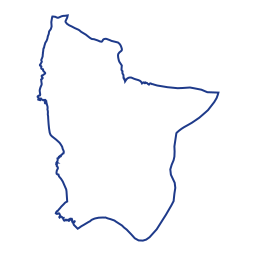 outline of Mayparkngum, Vientiane [prefecture], Laos
{"feature_id": "54806243B973390148812", "entity_name": "Mayparkngum", "entity_type": "district", "adm_level": 2, "iso_a3": "LAO", "parent_name": "Laos", "parent_adm1": "Vientiane [prefecture]", "projection": "robinson", "projection_center": [102.92, 18.139], "detail": "fine", "context": "isolated", "style": "outline", "palette": "blue", "viewbox_px": 256, "rotation_deg": 0, "n_neighbors": 0, "source": "geoboundaries", "source_scale": "gbopen_adm2", "svg_char_len": 5368}
<svg xmlns="http://www.w3.org/2000/svg" viewBox="0 0 256 256"><path d="M77.7,228.7L79.0,227.9L81.4,226.2L83.7,224.9L88.7,221.9L89.8,221.4L91.6,219.9L92.2,219.6L94.3,218.7L95.3,218.4L98.7,217.7L103.1,217.5L104.0,217.6L105.5,217.5L107.8,218.4L110.4,219.1L114.1,220.4L114.9,220.8L115.3,221.2L122.0,225.5L124.1,227.6L126.7,229.6L128.4,231.4L131.2,234.3L134.8,238.3L138.6,240.4L142.9,240.6L146.2,239.6L149.6,237.2L156.7,229.3L162.9,219.5L165.9,214.8L171.3,205.5L173.6,201.1L174.4,193.7L175.3,187.9L174.7,182.8L170.9,174.7L170.3,169.4L171.7,164.7L173.6,160.2L174.4,156.6L174.6,151.5L174.4,146.4L175.7,137.7L176.3,133.6L176.6,132.8L179.0,130.7L181.5,128.8L184.0,127.2L188.3,124.8L191.8,122.8L199.3,117.7L205.2,112.6L208.0,110.1L214.2,102.1L216.6,98.1L217.8,94.8L218.4,92.6L207.3,92.2L201.4,89.7L194.8,88.4L190.0,87.5L182.5,88.0L177.7,88.2L167.5,87.2L157.2,85.5L153.7,84.5L152.6,84.1L151.9,84.1L151.1,83.6L150.6,83.4L150.2,83.4L149.8,83.6L149.4,83.9L149.2,84.5L148.9,84.6L148.0,84.0L146.8,82.9L146.3,82.8L145.9,82.9L145.5,83.1L145.3,83.1L145.0,82.4L144.7,82.5L144.2,83.0L143.7,82.6L143.3,82.4L143.1,82.5L142.5,82.9L142.0,83.4L141.8,83.0L141.2,82.0L140.8,81.5L140.1,80.9L139.5,80.6L138.4,80.1L135.3,79.2L133.9,78.7L131.4,77.6L130.3,77.5L129.2,77.6L128.6,77.8L127.6,78.3L127.2,78.6L126.2,79.7L125.1,81.4L124.9,80.2L124.4,79.7L124.7,79.2L124.3,78.8L124.2,78.4L123.7,78.3L123.5,77.9L123.5,75.8L123.4,75.3L123.3,74.7L122.6,73.7L122.4,73.1L122.4,72.7L122.5,71.5L122.5,71.2L121.8,70.5L121.5,69.7L121.5,69.2L121.8,65.5L119.3,61.7L118.8,60.3L118.2,57.6L118.0,55.4L118.2,54.1L119.3,52.5L121.4,50.8L121.9,49.9L121.8,48.7L121.3,47.1L120.6,45.4L119.5,43.8L118.0,42.5L111.5,40.9L110.0,40.2L106.5,38.9L105.3,38.8L104.0,39.1L103.2,39.6L102.1,41.4L101.5,41.7L99.9,41.4L97.6,40.4L94.0,39.2L91.9,39.0L90.6,38.3L89.3,37.4L85.8,34.6L81.1,31.8L79.4,30.3L78.2,29.6L74.8,28.1L71.6,26.4L69.2,25.3L67.0,23.8L65.7,22.2L65.5,21.5L65.6,21.0L67.2,17.6L67.7,15.4L65.0,15.8L63.1,15.9L61.5,16.3L59.1,17.4L57.9,17.8L56.7,17.5L55.3,16.8L52.9,16.5L52.4,16.5L52.1,17.5L51.9,18.5L51.3,22.1L51.6,26.4L51.3,27.6L50.7,29.3L50.0,30.2L49.6,30.7L49.2,31.4L49.0,31.9L48.8,33.7L48.4,34.9L47.9,36.1L47.7,36.9L47.6,37.6L47.3,38.9L46.9,40.0L46.3,41.3L45.4,42.6L45.1,43.5L44.3,46.2L44.1,47.3L44.0,47.8L43.6,48.2L43.4,49.0L43.1,51.8L42.9,52.7L42.9,53.8L42.7,54.8L42.7,55.8L42.6,56.5L42.1,58.0L41.3,59.9L41.3,60.2L41.4,60.6L41.8,61.5L41.8,61.8L41.2,62.8L40.8,63.7L40.4,64.4L40.1,64.5L39.9,65.0L40.0,65.5L40.3,65.7L40.5,65.9L41.1,66.1L41.3,66.3L41.4,66.5L41.2,67.6L41.2,68.1L41.3,68.5L41.5,68.7L41.9,69.0L43.0,69.3L43.1,69.7L43.1,70.6L45.0,72.7L45.2,73.1L45.1,73.5L44.6,73.9L42.9,75.2L42.1,75.4L41.7,75.8L41.7,76.4L41.9,77.1L42.4,77.4L42.7,78.0L42.3,78.7L41.9,79.0L41.5,79.1L41.1,79.6L41.3,80.2L41.3,81.1L41.7,84.0L41.5,85.0L40.6,87.0L40.2,88.2L39.7,90.1L39.7,91.0L40.2,94.6L40.0,95.3L39.7,95.6L38.8,95.6L38.5,95.7L37.7,96.4L37.6,96.8L38.8,98.2L38.9,98.6L38.2,99.3L38.3,99.7L38.9,99.8L40.2,100.2L40.5,99.9L40.6,99.3L40.6,98.6L40.9,98.5L41.3,99.0L41.6,99.4L42.7,99.9L43.0,100.2L43.4,100.4L43.7,100.3L44.1,99.9L44.5,100.0L45.3,99.9L45.5,100.1L45.6,100.8L45.4,101.3L45.1,101.6L45.0,102.0L44.9,102.7L44.9,103.0L45.1,103.3L45.6,103.4L45.8,103.2L45.9,102.9L45.8,102.7L45.7,102.4L45.8,102.2L46.0,101.9L46.3,101.7L46.4,102.4L46.9,104.5L47.5,106.5L47.6,107.6L47.6,108.4L47.4,109.2L47.8,110.9L47.9,112.1L47.8,114.5L48.1,116.3L48.2,118.5L48.6,124.1L49.0,128.1L49.7,132.6L50.4,134.5L50.7,135.0L51.9,136.3L56.1,139.6L58.1,141.4L59.6,142.8L60.6,144.2L61.6,145.8L62.2,146.9L62.7,148.9L63.5,150.6L63.8,151.8L63.7,152.7L63.5,153.3L63.1,153.3L62.7,153.6L62.3,154.2L62.1,154.5L61.5,154.7L61.2,155.0L60.9,155.6L60.9,156.2L60.7,156.4L60.4,156.5L60.3,156.4L60.1,156.1L59.9,156.0L59.7,156.2L59.7,156.9L59.6,157.0L59.2,156.7L58.9,156.8L58.9,157.7L58.8,157.9L58.3,157.9L57.9,158.2L57.7,158.3L57.9,158.5L57.9,158.9L57.6,159.6L57.6,160.5L57.5,161.1L57.4,161.3L56.9,161.8L56.8,162.1L56.9,162.4L57.2,162.6L56.6,162.6L56.3,163.0L56.5,163.3L56.9,163.8L56.9,164.1L56.7,164.1L56.3,164.0L56.2,164.2L56.2,164.5L56.7,165.1L56.8,165.5L56.8,166.2L56.9,166.3L57.4,166.5L57.5,166.7L57.5,167.0L57.9,167.8L57.9,168.0L57.8,168.7L57.5,169.1L56.8,170.6L56.7,171.3L56.5,172.4L56.6,173.7L57.1,174.2L57.3,174.3L57.8,174.3L58.1,174.5L58.5,174.6L58.5,175.2L58.9,175.9L59.0,176.4L61.1,178.9L62.8,181.6L66.2,189.4L66.5,191.3L67.2,201.5L65.5,202.4L64.9,202.9L63.6,204.3L61.2,206.7L60.1,208.1L58.4,210.0L58.0,210.6L57.5,211.1L57.1,211.1L56.4,211.9L55.9,212.9L55.8,213.3L56.4,213.7L56.8,213.9L57.7,213.8L58.2,213.4L58.7,213.3L59.0,213.3L59.3,213.5L59.7,214.6L60.1,215.2L60.2,215.5L60.1,215.9L59.9,216.4L59.6,216.7L59.3,217.0L59.4,217.4L59.6,217.6L59.9,217.3L60.6,216.3L60.9,216.4L61.1,216.6L61.3,216.8L61.9,217.0L62.0,217.2L62.3,217.7L62.8,218.1L63.1,218.1L63.3,217.9L63.6,217.9L63.5,218.5L63.3,218.9L63.3,219.2L63.4,219.5L63.7,219.7L63.9,220.3L64.3,220.7L64.6,220.7L65.1,220.3L65.6,220.1L65.9,219.7L66.1,219.7L66.3,219.9L66.5,220.3L66.9,220.3L67.5,220.2L67.8,220.3L68.0,220.1L68.1,219.7L68.3,219.6L68.6,219.7L68.6,220.7L68.7,220.8L68.9,220.9L70.1,219.8L70.0,219.2L69.8,219.0L70.2,218.7L70.7,218.7L71.8,218.8L72.1,219.6L71.9,220.4L72.2,221.6L72.4,222.0L72.6,222.4L73.0,222.4L73.4,222.1L73.7,221.6L74.0,221.3L74.4,221.2L74.6,221.2L74.7,221.4L74.5,221.7L74.3,222.1L73.6,222.7L73.4,223.0L73.4,223.5L73.5,223.9L73.9,224.9L77.7,228.7Z" fill="none" stroke="#1e3a8a" stroke-width="2"/></svg>